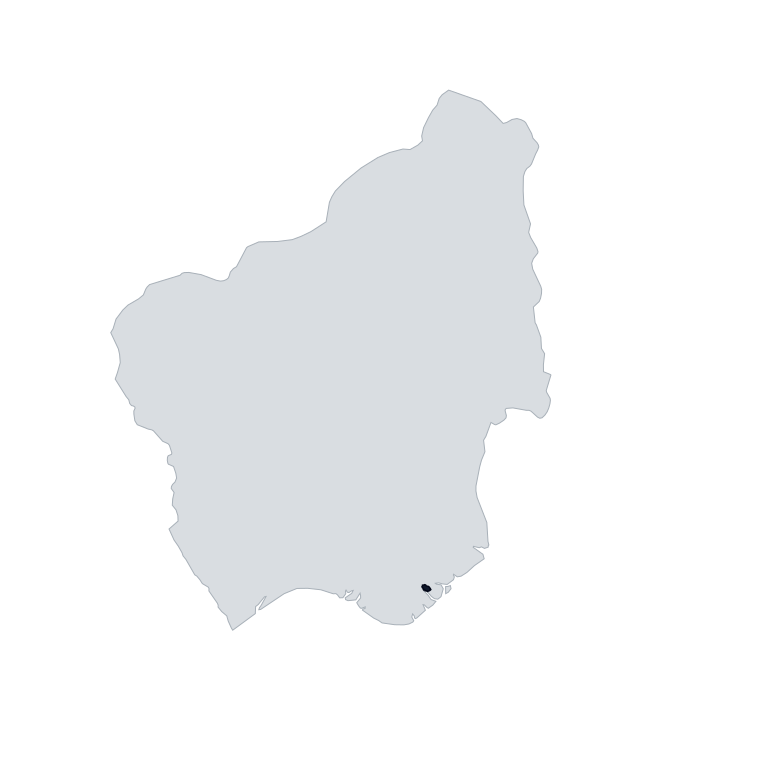 location of Asari-Toru, Rivers, Nigeria, rotated 326°
{"feature_id": "59680162B173222965225", "entity_name": "Asari-Toru", "entity_type": "district", "adm_level": 2, "iso_a3": "NGA", "parent_name": "Nigeria", "parent_adm1": "Rivers", "projection": "albers", "projection_center": [6.83, 4.747], "detail": "fine", "context": "in_parent", "style": "filled", "palette": "ink", "viewbox_px": 768, "rotation_deg": 326, "n_neighbors": 0, "source": "geoboundaries", "source_scale": "gbopen_adm2", "svg_char_len": 4530}
<svg xmlns="http://www.w3.org/2000/svg" viewBox="0 0 768 768"><g transform="rotate(326 384 384)"><path d="M601.9,176.5L622.3,204.0L626.8,224.5L628.5,234.6L631.9,235.8L638.1,236.3L642.7,238.3L645.5,241.6L647.2,244.7L647.6,246.6L646.4,259.0L644.9,263.5L645.8,269.6L645.6,272.2L644.9,274.0L642.1,276.0L638.3,278.1L629.3,284.1L626.7,285.0L622.9,285.2L619.6,286.7L615.6,289.9L607.3,301.8L600.1,313.8L595.0,333.2L588.7,339.2L587.5,344.6L586.7,356.7L585.7,360.3L584.7,361.4L577.8,363.7L573.9,366.5L571.5,372.0L568.6,390.6L567.6,393.7L565.3,396.9L561.8,400.4L558.8,402.4L550.9,403.7L543.5,417.8L543.4,420.2L540.2,432.9L534.4,442.6L534.1,448.7L526.9,457.2L523.1,463.0L527.1,468.9L527.4,469.9L514.9,480.1L514.2,481.7L513.7,488.7L512.8,490.6L510.5,493.2L507.1,496.1L503.7,498.3L499.9,499.8L496.1,500.4L494.0,499.5L492.8,497.4L490.7,488.8L489.6,487.0L487.2,485.3L477.5,475.9L471.7,472.6L470.4,472.9L469.5,473.8L467.8,478.6L466.2,480.3L463.2,481.0L457.8,481.0L453.9,480.4L453.0,479.4L451.2,475.7L439.2,484.4L435.1,486.3L429.8,496.6L422.3,501.6L417.1,506.1L403.2,520.0L400.4,524.1L397.7,530.2L391.8,556.3L382.2,572.6L380.9,576.1L380.4,576.0L379.1,577.5L375.4,576.5L373.7,573.5L371.4,573.0L367.4,568.6L366.6,569.3L370.8,580.5L369.3,584.9L357.5,585.1L347.3,586.6L340.4,586.4L336.9,584.8L335.3,580.6L334.7,581.1L334.4,583.3L332.2,585.1L324.3,585.5L320.9,582.6L318.1,579.4L315.1,577.9L315.5,579.3L319.0,582.4L318.6,586.9L312.3,592.2L308.3,592.5L305.8,590.2L304.5,586.5L303.9,581.1L302.2,577.5L301.3,577.5L302.4,583.4L302.5,589.0L305.5,593.2L300.8,594.6L295.3,594.7L294.6,593.1L293.9,589.6L293.0,588.7L291.8,594.7L280.5,596.3L278.9,596.1L278.5,595.0L279.4,593.3L279.2,590.6L276.7,592.7L276.3,596.9L274.8,597.5L270.5,596.9L265.8,594.8L258.2,589.5L248.8,581.0L247.3,577.1L244.6,572.4L239.7,559.4L240.6,558.8L242.8,559.5L243.8,558.3L239.9,557.4L239.1,556.5L238.9,553.6L239.1,550.1L245.0,548.3L246.4,546.1L247.2,544.0L239.9,547.2L233.0,543.5L231.6,541.3L232.3,539.6L240.2,539.5L243.0,537.9L241.3,537.3L238.3,537.3L237.2,536.2L237.3,533.6L236.3,534.1L235.0,536.5L230.4,538.2L227.7,536.5L227.5,532.6L226.9,530.9L224.6,529.5L216.6,519.3L206.5,510.7L197.5,504.8L184.0,502.0L155.6,501.9L154.0,501.1L155.7,499.8L158.2,498.9L167.4,494.2L165.9,493.6L156.4,496.5L153.1,496.7L148.9,502.4L120.9,503.5L121.0,500.9L122.3,493.4L124.0,488.3L122.2,481.9L121.7,476.2L122.9,474.5L123.3,472.3L123.1,457.7L124.6,455.6L124.7,454.1L121.8,447.9L121.9,443.1L121.4,438.5L120.4,436.4L121.7,418.6L121.3,414.2L122.2,411.0L122.8,403.4L122.7,395.9L124.7,384.0L136.6,382.5L139.5,377.9L141.2,372.0L140.7,366.1L144.6,361.1L149.3,356.6L149.2,351.6L150.5,350.1L152.7,349.0L155.9,348.4L159.5,346.0L161.5,341.6L163.4,334.7L160.4,329.9L160.5,328.8L161.6,326.2L163.5,323.7L165.0,322.8L168.5,323.5L169.6,322.5L171.8,314.9L171.6,312.8L168.5,307.7L166.7,293.9L165.8,292.1L163.3,289.5L156.7,279.8L156.9,275.2L159.7,269.3L161.5,266.5L164.1,264.9L164.6,263.6L163.8,261.9L162.6,260.7L162.3,258.0L163.6,254.3L163.2,250.3L163.9,229.6L169.4,225.5L177.3,218.8L181.3,211.7L183.4,206.4L186.2,188.6L190.3,186.7L198.2,180.3L208.9,176.6L215.9,175.4L228.1,176.2L234.3,175.6L239.6,172.1L242.0,171.1L245.3,170.5L275.7,179.8L278.5,179.3L280.8,180.0L284.6,182.4L293.5,191.0L303.0,204.3L305.9,207.2L308.8,208.7L311.8,209.3L314.1,209.1L316.2,207.8L319.2,205.3L323.7,204.1L327.3,204.3L346.3,194.1L348.1,194.0L359.7,196.2L375.6,206.4L388.6,213.0L397.7,215.2L408.5,216.8L426.7,217.2L440.4,202.8L445.5,199.6L451.6,196.8L464.4,194.1L485.7,192.1L505.6,192.8L518.0,195.2L531.1,199.8L536.7,204.2L545.6,204.9L551.9,203.9L553.9,199.5L560.2,193.6L569.7,188.1L577.5,184.2L583.9,182.5L589.5,178.1L594.0,176.7L601.9,176.5ZM325.1,591.2L320.8,592.6L317.9,592.3L321.8,586.4L323.8,587.6L326.3,588.2L325.1,591.2Z" fill="#d9dde1" stroke="#a8b0b8" stroke-width="1"/><path d="M307.4,576.3L306.6,575.7L306.4,575.5L306.2,575.3L306.1,575.2L306.2,574.1L305.9,573.6L305.5,573.1L305.0,573.1L303.4,572.3L302.7,573.2L302.3,573.2L302.1,573.3L301.9,574.3L302.1,574.8L302.1,575.0L302.3,575.3L302.1,575.4L302.0,575.5L301.9,575.8L301.8,576.0L301.7,576.4L301.7,576.6L301.8,576.6L302.0,576.8L302.3,576.9L302.4,577.2L302.5,577.3L302.4,577.4L302.6,577.5L302.7,577.9L302.7,578.1L302.8,578.2L302.7,578.4L302.6,578.5L303.0,578.8L303.3,578.9L303.7,579.2L303.7,579.4L303.8,579.5L303.8,579.9L304.2,580.3L304.3,580.5L304.9,580.4L306.2,580.8L306.7,580.6L307.1,580.8L307.5,580.7L307.8,580.6L307.5,579.5L307.8,579.4L308.0,579.4L308.0,579.2L307.9,578.1L307.9,577.4L307.7,576.9L307.5,576.6L307.4,576.3Z" fill="#0f172a" stroke="#020617" stroke-width="1.5"/></g></svg>